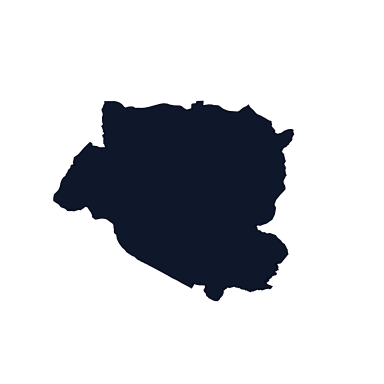 Gura Vaii, Bacau, Romania, rotated 145°
{"feature_id": "2599482B95523815467969", "entity_name": "Gura Vaii", "entity_type": "district", "adm_level": 2, "iso_a3": "ROU", "parent_name": "Romania", "parent_adm1": "Bacau", "projection": "natural_earth1", "projection_center": [26.849, 46.295], "detail": "fine", "context": "isolated", "style": "filled", "palette": "ink", "viewbox_px": 384, "rotation_deg": 145, "n_neighbors": 0, "source": "geoboundaries", "source_scale": "gbopen_adm2", "svg_char_len": 5909}
<svg xmlns="http://www.w3.org/2000/svg" viewBox="0 0 384 384"><g transform="rotate(145 192 192)"><path d="M306.1,268.5L308.4,266.3L309.1,265.3L309.8,264.6L309.9,264.2L309.2,262.1L307.8,258.9L307.6,257.8L307.5,255.1L305.2,251.9L304.7,250.8L304.3,248.4L302.9,247.2L300.9,246.0L299.4,244.5L294.7,243.0L293.5,241.7L290.5,241.6L287.3,241.8L286.0,240.0L285.7,238.9L285.9,236.6L285.9,232.6L286.7,229.5L287.5,228.7L286.6,225.5L285.9,225.0L281.5,223.1L278.8,221.1L277.2,219.3L276.5,217.7L275.6,214.8L274.6,212.2L274.5,211.6L274.5,210.6L274.8,209.2L276.1,207.5L276.5,206.2L277.1,205.2L277.6,204.8L278.6,203.0L277.8,200.3L279.7,196.6L280.3,193.5L280.5,190.8L280.4,186.8L280.2,186.0L280.0,185.2L279.5,183.2L279.5,180.6L279.4,180.2L276.9,174.0L276.5,173.7L275.7,172.4L274.7,167.9L273.6,166.1L272.8,164.1L271.3,162.2L271.5,161.9L271.2,161.2L270.7,160.9L270.5,160.2L269.2,157.9L268.8,156.7L267.7,155.1L267.7,154.8L265.8,151.2L259.0,137.6L257.5,134.1L254.6,129.0L251.4,122.2L251.1,121.7L247.7,115.1L247.3,114.0L244.9,115.0L243.9,115.6L242.8,116.7L242.1,115.2L241.0,113.9L238.6,111.5L237.5,110.9L235.3,109.2L234.3,108.0L234.4,107.2L235.5,106.3L235.5,105.7L237.9,104.8L238.4,104.2L238.4,103.5L238.6,103.1L238.2,101.1L239.0,98.9L238.9,97.8L238.2,96.9L238.6,95.8L238.5,95.5L237.8,94.8L237.5,93.8L236.0,91.0L234.6,89.5L233.1,88.5L232.5,88.9L231.7,88.7L230.9,89.0L229.8,89.9L228.8,89.6L227.7,90.1L226.9,90.2L225.1,91.2L223.8,92.4L223.8,93.2L222.7,93.9L221.6,93.7L220.1,94.0L219.1,93.7L218.1,94.2L217.7,94.2L217.1,93.9L216.2,92.7L215.1,92.1L211.4,90.9L210.6,89.9L210.4,89.1L209.9,88.7L208.8,88.1L208.8,87.4L207.6,86.9L207.1,86.5L207.1,85.7L207.3,85.6L207.2,85.4L206.5,84.0L205.2,82.9L204.4,82.7L204.2,82.5L204.3,81.6L203.9,80.9L202.7,80.7L202.7,79.4L202.1,78.7L201.9,78.0L201.0,76.9L199.7,77.2L198.9,76.3L198.4,75.9L197.3,76.2L197.0,75.7L196.1,75.4L194.1,75.3L193.3,73.9L192.5,73.5L192.1,73.5L191.4,73.2L191.0,72.2L190.6,71.8L190.3,71.7L189.2,71.9L189.4,71.7L189.2,71.3L188.8,71.2L188.7,71.4L187.2,70.9L185.6,70.0L183.3,69.3L183.2,69.0L183.7,68.5L183.3,68.3L182.2,68.3L181.5,68.7L181.0,68.8L182.2,70.6L183.3,71.8L183.2,72.2L183.8,73.0L183.7,73.8L183.9,74.5L183.7,74.9L183.5,75.7L183.7,75.8L183.7,76.8L183.3,76.7L182.5,75.7L181.8,75.6L181.6,75.8L180.3,75.6L179.7,76.0L179.9,76.9L179.5,76.7L179.4,76.9L179.5,77.7L178.4,77.0L176.5,76.8L175.3,77.2L175.2,77.5L174.7,77.8L173.3,77.3L172.2,77.4L171.9,77.2L171.8,76.8L171.5,76.6L170.4,76.5L170.0,76.8L170.2,77.1L170.0,77.4L170.3,77.6L170.3,78.5L170.6,79.1L170.4,79.7L169.6,80.0L169.1,79.8L168.9,79.9L168.5,79.5L167.5,79.4L167.0,80.2L166.2,79.5L166.1,80.9L165.3,80.9L165.1,81.4L164.9,81.4L164.8,81.7L165.6,81.9L165.1,82.0L165.5,82.4L165.8,83.1L165.7,82.9L164.9,82.7L164.3,83.2L164.4,83.5L165.1,84.1L165.1,85.1L163.0,84.8L162.8,84.5L161.4,84.5L161.2,83.7L160.4,83.4L160.0,83.4L159.6,83.8L158.8,83.5L157.2,84.1L149.1,86.4L149.1,87.2L147.3,90.4L147.4,91.7L146.9,93.9L146.7,96.1L147.8,99.0L147.6,100.3L147.9,102.4L148.7,104.7L148.9,108.4L151.9,112.8L152.9,113.6L154.4,114.1L155.1,114.8L156.1,117.0L157.7,117.8L158.5,119.4L158.7,121.0L160.1,122.1L160.3,122.7L160.3,123.8L160.0,125.1L159.6,125.6L159.6,127.8L156.8,127.6L155.2,125.8L152.9,125.3L148.7,124.0L142.2,124.0L137.4,126.7L132.9,131.2L132.4,134.8L128.0,137.9L121.7,139.7L114.6,141.1L113.7,142.1L112.7,144.2L112.8,145.6L112.3,147.4L111.4,148.7L109.5,150.5L109.2,150.2L107.2,151.4L106.0,151.9L105.5,151.9L105.4,152.4L105.6,153.5L104.8,154.0L104.6,155.1L104.3,155.7L103.7,156.2L103.4,157.4L101.9,158.1L102.1,158.7L101.5,159.5L101.5,160.9L100.9,162.4L100.3,163.1L99.5,163.2L99.4,163.6L98.2,163.8L98.0,164.0L97.8,164.8L97.9,165.3L97.4,166.2L97.4,166.7L96.9,167.2L97.0,167.9L96.4,168.5L96.3,169.3L95.8,169.9L95.7,170.3L95.6,170.8L95.9,171.3L96.2,172.2L95.8,172.9L95.7,173.3L95.9,173.9L95.7,174.8L95.1,175.2L94.4,174.8L92.3,175.9L91.3,176.1L88.8,175.6L87.3,176.1L85.5,176.1L84.3,177.0L82.9,177.1L80.5,177.7L80.1,178.1L79.8,179.2L79.4,179.2L78.6,180.0L77.4,180.4L77.3,181.0L76.1,181.0L76.2,181.6L75.4,182.0L75.5,183.3L75.3,183.8L75.0,184.1L74.3,184.2L74.1,184.7L74.2,185.3L75.4,186.4L77.6,187.6L81.5,188.6L84.3,188.5L86.2,188.8L86.7,189.2L88.8,189.9L89.4,190.4L89.7,191.1L90.7,193.4L90.9,194.3L90.9,194.5L89.7,194.4L89.3,194.7L89.3,196.3L89.7,199.7L89.8,200.1L89.3,201.1L88.3,201.8L87.4,204.1L87.1,204.5L88.5,206.1L90.5,210.8L91.3,211.9L91.2,212.3L91.7,213.0L92.1,214.2L92.5,214.7L93.3,216.1L93.6,216.1L94.2,217.5L94.4,217.6L95.0,219.6L95.4,223.6L96.5,228.3L96.1,230.5L98.3,230.4L101.9,231.1L107.0,230.7L108.2,230.9L109.2,231.4L114.3,235.5L116.7,237.8L117.5,239.2L119.1,241.4L119.7,242.9L120.9,246.7L121.8,247.9L124.9,250.2L125.9,251.6L128.4,253.6L134.0,256.3L133.5,257.2L131.2,259.9L136.1,263.0L137.6,261.9L138.1,261.8L141.4,263.6L141.9,263.4L144.3,260.1L148.5,261.5L149.7,262.1L150.8,264.4L152.0,268.2L153.1,269.5L157.6,272.8L160.8,276.1L162.0,278.0L164.8,280.4L168.2,282.0L179.6,286.1L183.0,287.7L185.9,289.4L187.3,290.6L190.0,292.4L191.0,293.2L191.7,295.1L192.5,295.9L194.3,297.1L195.9,297.9L197.3,298.2L198.7,299.0L199.3,300.1L199.7,303.8L200.3,305.6L201.2,307.3L202.4,308.9L203.9,310.4L211.6,315.7L211.9,314.8L212.6,314.2L214.5,313.3L214.7,313.0L216.7,311.6L218.0,311.2L218.7,310.2L219.6,306.8L220.2,306.0L222.0,304.6L222.8,303.6L224.6,300.8L225.4,298.6L225.9,297.9L226.4,297.5L227.9,297.4L227.8,297.0L229.0,293.0L229.7,292.4L229.5,290.9L230.1,289.5L230.5,289.2L231.3,289.4L232.5,289.4L233.0,287.6L232.5,286.9L234.7,284.5L235.3,283.3L236.1,282.4L235.8,281.8L235.9,281.1L236.2,280.6L236.4,279.1L237.6,277.7L242.8,281.3L243.5,282.8L244.2,283.7L247.7,286.9L246.6,289.2L247.1,289.9L247.0,290.4L247.3,290.8L255.0,289.5L263.2,287.4L268.6,287.4L270.2,285.7L271.8,284.4L272.7,282.3L272.8,281.6L273.2,281.9L275.3,282.7L276.0,282.5L277.6,280.8L280.6,280.5L281.9,279.4L285.1,278.1L285.8,277.3L286.3,277.1L288.8,277.1L290.8,276.5L293.7,274.6L296.5,271.9L297.7,271.0L300.4,269.5L306.1,268.5Z" fill="#0f172a" stroke="#020617" stroke-width="1.5"/></g></svg>